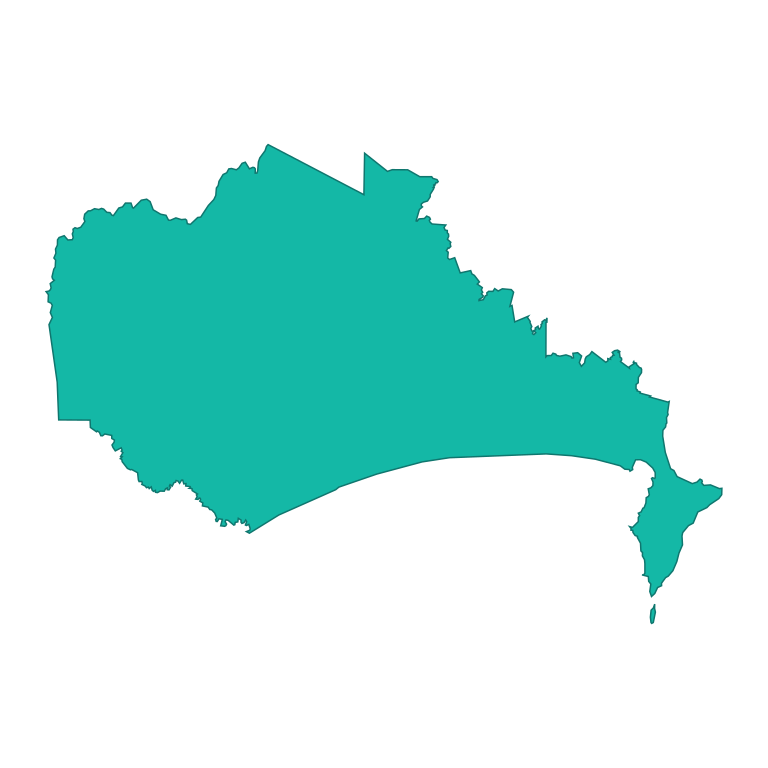 Wairoa District, Hawke's Bay, New Zealand
{"feature_id": "76426892B8336521277252", "entity_name": "Wairoa District", "entity_type": "district", "adm_level": 2, "iso_a3": "NZL", "parent_name": "New Zealand", "parent_adm1": "Hawke's Bay", "projection": "mercator", "projection_center": [177.459, -38.945], "detail": "fine", "context": "isolated", "style": "filled", "palette": "teal", "viewbox_px": 768, "rotation_deg": 0, "n_neighbors": 0, "source": "geoboundaries", "source_scale": "gbopen_adm2", "svg_char_len": 6084}
<svg xmlns="http://www.w3.org/2000/svg" viewBox="0 0 768 768"><path d="M49.0,324.6L57.2,382.2L58.7,419.9L90.1,420.1L90.4,427.5L96.5,431.8L97.2,431.0L99.4,432.3L100.8,435.7L102.5,435.8L104.8,434.0L111.7,435.4L111.8,438.5L114.4,440.0L114.1,442.2L112.0,445.0L113.0,447.5L115.3,450.9L121.2,447.8L122.1,450.1L121.2,451.2L122.9,452.6L120.6,456.5L122.1,456.8L120.3,458.7L121.8,459.4L122.2,461.7L127.4,468.4L130.4,469.8L131.7,469.5L137.6,472.7L138.4,480.0L139.1,481.6L141.8,481.5L142.3,483.2L141.8,484.4L145.1,486.0L146.5,487.7L148.4,487.1L149.2,488.6L151.2,486.9L152.2,490.3L153.5,491.4L155.4,490.4L155.5,492.3L157.5,492.6L160.1,491.1L164.3,491.2L165.6,488.7L167.4,487.9L167.2,489.7L169.0,489.9L170.6,487.2L169.4,486.0L170.1,484.6L172.2,486.1L174.0,482.6L175.6,482.2L176.1,480.5L177.9,481.0L179.6,483.3L181.5,480.2L182.7,480.1L183.8,483.9L186.0,483.6L185.7,486.0L190.2,486.6L190.5,487.6L189.3,488.3L192.0,488.7L192.2,490.6L197.5,494.0L196.4,494.9L197.2,496.6L195.7,499.1L198.0,499.4L199.3,498.0L200.2,498.3L200.6,499.3L199.8,501.2L202.8,502.9L202.4,505.9L208.1,507.1L209.8,509.5L211.6,509.8L214.7,513.0L216.8,518.0L215.6,519.5L216.2,521.4L217.3,521.5L219.0,518.8L222.3,519.4L220.7,525.8L224.7,526.3L225.9,525.6L226.6,524.1L225.1,521.7L226.0,519.9L228.2,520.4L233.8,525.1L234.8,524.7L235.2,522.4L237.8,521.9L238.3,518.3L241.1,520.1L241.0,522.2L241.9,523.4L244.0,522.7L245.7,520.0L246.7,521.7L245.4,525.0L246.4,525.5L248.8,524.4L250.2,528.7L249.8,530.2L246.4,531.6L249.4,533.2L278.8,515.0L335.7,489.7L338.9,487.1L376.7,474.1L422.1,461.9L449.5,457.7L546.2,453.9L571.6,455.7L595.4,459.2L620.3,465.8L624.8,469.2L629.3,469.5L630.0,471.2L632.7,469.6L632.3,467.3L635.6,459.8L640.5,459.7L646.2,462.1L652.7,468.0L655.2,472.5L655.2,477.6L654.7,478.5L652.5,477.7L651.5,478.5L653.0,482.0L652.9,485.6L650.9,487.8L648.2,488.8L649.3,494.7L648.4,496.4L646.2,497.7L645.9,503.0L644.1,507.7L642.9,508.2L641.1,511.9L638.3,513.2L639.6,515.6L638.3,517.4L638.3,521.6L632.5,527.4L629.6,526.6L631.2,528.7L630.9,530.1L632.8,530.4L633.0,532.5L635.1,535.5L637.5,536.3L637.4,537.5L640.5,543.2L640.9,550.9L642.5,552.6L642.4,555.9L644.5,559.7L644.9,563.7L644.9,573.1L643.7,574.9L642.0,574.9L648.3,576.5L648.7,581.4L650.8,584.0L649.8,591.5L651.5,596.5L654.8,593.5L657.6,587.5L661.6,585.7L661.5,583.2L665.6,577.6L668.3,576.1L672.9,570.7L676.8,561.6L679.0,553.0L682.5,544.9L682.0,536.0L682.7,532.6L688.5,525.6L693.2,523.1L697.8,512.0L706.9,507.6L709.7,504.7L718.8,498.6L721.7,494.7L721.9,488.3L719.4,488.6L710.5,484.9L703.8,485.4L701.6,482.8L702.3,481.6L701.9,480.1L700.0,479.1L697.0,482.1L692.3,483.6L677.1,476.6L673.9,470.5L670.6,468.7L665.3,452.4L662.7,436.2L662.9,430.3L665.6,426.9L666.0,423.9L666.8,423.0L666.5,417.5L668.1,414.6L667.6,412.5L669.2,401.5L668.0,402.1L649.5,397.0L650.6,396.0L640.0,393.1L640.3,392.0L637.0,390.8L637.2,389.8L636.0,388.8L636.1,384.4L638.2,382.8L638.4,377.3L641.5,372.6L641.6,369.5L641.1,368.1L639.4,367.5L636.5,364.4L636.5,363.2L634.1,362.5L633.8,361.5L633.2,362.3L634.1,363.6L629.1,366.9L629.4,368.2L620.5,361.6L621.7,359.9L621.5,358.2L620.0,357.1L619.5,353.0L618.0,352.1L618.5,351.4L620.4,351.9L617.6,350.1L614.6,350.7L612.2,352.4L614.0,355.2L612.6,355.4L612.3,356.6L610.4,357.6L610.6,359.3L607.8,358.6L607.9,360.8L605.8,362.3L591.9,351.6L589.7,354.6L586.3,356.8L585.2,359.0L584.6,362.9L581.4,366.3L579.3,362.6L581.6,356.0L577.7,352.7L572.9,353.3L573.5,357.8L572.0,358.1L571.1,356.6L566.0,354.9L559.8,356.2L556.5,355.4L555.8,354.1L553.0,353.2L551.3,355.5L547.2,355.6L545.9,356.9L546.0,322.2L546.9,322.2L547.0,317.9L545.9,320.3L544.6,319.8L542.0,321.9L542.3,323.4L541.0,324.6L541.4,326.1L539.6,329.1L538.5,328.7L538.0,326.2L535.2,328.1L535.7,329.6L533.8,330.6L535.8,332.7L533.9,334.6L532.5,333.7L533.2,331.8L531.9,331.0L530.8,328.5L531.8,326.6L529.9,322.2L530.2,321.4L527.4,317.4L528.3,316.2L514.7,321.9L512.0,305.4L509.9,306.4L513.6,292.2L511.3,289.6L502.3,288.8L498.2,291.0L494.7,288.6L492.9,291.4L488.7,291.3L486.8,292.9L487.1,295.0L485.4,295.8L483.3,299.7L479.0,300.6L479.1,299.4L482.5,297.4L483.3,295.9L481.4,293.8L482.7,292.3L481.4,290.0L482.3,287.6L477.3,284.1L479.4,281.9L474.4,275.4L471.9,273.9L470.7,270.6L460.2,272.9L454.7,257.7L449.5,259.5L447.7,258.0L448.2,252.2L446.4,250.6L448.1,247.9L448.9,248.3L450.8,246.5L450.2,243.7L450.8,242.3L447.4,239.3L448.7,236.3L448.5,234.1L447.3,232.9L447.3,230.5L445.2,230.1L444.0,227.5L445.8,225.0L432.1,224.0L430.0,222.1L429.3,220.3L430.4,219.2L429.5,217.4L426.7,216.1L424.4,218.5L419.0,218.9L417.1,221.2L416.1,220.9L419.4,209.5L422.5,206.9L421.3,205.8L421.3,204.0L423.4,202.3L427.5,201.0L428.7,199.2L430.2,196.8L430.2,194.4L433.5,189.1L433.9,188.0L433.3,187.7L434.2,187.3L433.8,186.0L434.6,185.6L433.9,184.9L435.6,183.9L435.9,182.6L437.2,182.7L438.2,181.6L437.0,179.6L432.9,178.4L431.7,176.7L419.8,176.7L407.7,169.8L392.2,169.7L387.5,171.4L364.6,153.2L363.9,194.7L268.1,144.6L266.5,146.4L265.1,150.7L259.8,157.9L258.4,162.0L257.7,170.6L256.9,173.1L255.2,173.1L255.3,168.9L254.4,167.7L252.9,167.3L249.4,168.8L245.3,162.2L242.1,163.3L238.9,167.9L236.4,169.8L231.5,168.5L228.8,168.9L226.7,172.8L223.1,174.5L219.0,181.3L218.2,185.5L216.4,188.0L215.8,195.4L213.8,199.6L208.4,205.4L200.7,217.1L197.7,217.5L190.4,224.4L187.3,223.7L186.6,220.2L185.4,219.2L181.4,219.6L175.9,217.9L170.3,220.3L168.5,220.1L166.0,215.3L160.6,214.2L153.2,209.8L150.1,201.6L146.7,199.2L141.3,200.2L133.5,208.1L132.6,207.7L131.0,203.1L125.4,203.1L122.5,206.9L118.8,208.0L113.4,215.6L111.9,215.2L110.0,212.6L106.8,212.3L103.7,209.1L101.5,208.4L98.9,209.5L94.5,208.7L90.5,210.8L88.2,210.9L84.7,214.2L83.9,218.7L84.9,221.5L80.8,227.2L77.3,228.5L75.0,227.7L73.0,229.2L73.3,231.6L72.3,233.9L73.2,237.5L72.3,239.7L67.9,240.0L64.2,235.7L59.1,237.5L57.5,239.8L57.4,245.1L55.5,249.1L55.9,253.2L53.9,258.0L55.6,260.1L55.2,267.1L53.8,269.2L52.0,276.8L52.6,278.9L54.3,280.3L50.2,283.6L51.1,287.9L50.3,289.8L48.8,291.1L46.1,291.6L48.4,294.7L48.1,301.8L51.1,303.2L52.3,305.4L50.3,312.6L52.4,317.4L49.0,324.6ZM653.3,622.5L655.4,612.1L654.6,608.5L654.7,604.1L653.4,607.9L651.1,610.2L650.4,617.2L651.0,622.6L651.7,623.4L653.3,622.5Z" fill="#14b8a6" stroke="#0f766e" stroke-width="1.5"/></svg>